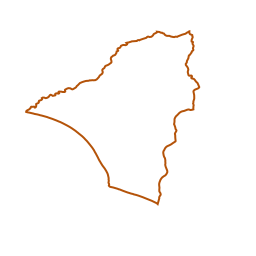 outline of Tilomar, Cova Lima, East Timor, rotated 71°
{"feature_id": "22284137B39285760424005", "entity_name": "Tilomar", "entity_type": "district", "adm_level": 2, "iso_a3": "TLS", "parent_name": "East Timor", "parent_adm1": "Cova Lima", "projection": "equal_earth", "projection_center": [125.135, -9.378], "detail": "fine", "context": "isolated", "style": "outline", "palette": "amber", "viewbox_px": 256, "rotation_deg": 71, "n_neighbors": 0, "source": "geoboundaries", "source_scale": "gbopen_adm2", "svg_char_len": 5632}
<svg xmlns="http://www.w3.org/2000/svg" viewBox="0 0 256 256"><g transform="rotate(71 128 128)"><path d="M46.4,69.2L46.8,69.2L47.0,69.5L47.1,69.9L47.3,71.1L47.4,72.3L47.6,73.1L47.9,73.5L48.4,74.0L48.7,74.5L49.3,76.0L49.3,76.5L49.0,78.0L48.2,79.1L48.1,79.4L48.2,80.4L48.4,80.8L48.6,81.1L48.7,81.6L48.6,84.6L48.6,85.7L48.6,87.9L48.8,88.7L48.5,89.1L48.2,89.7L48.2,90.5L48.6,91.3L47.3,96.3L47.4,97.2L47.3,98.1L47.3,98.9L47.3,99.9L47.3,100.4L47.0,100.8L47.0,101.2L47.0,101.9L48.2,101.4L48.6,101.6L48.9,102.6L48.9,103.3L48.0,105.2L47.9,106.1L48.0,107.8L49.1,108.9L49.3,109.2L49.5,109.6L49.5,110.2L49.4,111.4L49.7,112.1L50.0,112.3L50.4,112.3L51.4,112.1L51.7,112.1L51.8,112.2L51.9,113.8L53.2,114.5L53.4,114.7L53.6,115.1L54.5,116.0L54.7,116.5L54.8,117.6L54.7,118.2L54.8,118.7L55.1,119.2L55.5,120.4L55.7,120.9L56.5,121.5L57.3,121.8L58.8,121.8L60.1,122.1L60.5,122.3L60.8,122.7L61.3,124.3L61.4,124.6L61.7,125.5L61.9,126.8L61.9,128.3L62.0,128.7L62.1,129.3L62.4,129.8L63.3,130.5L63.7,131.2L64.1,132.6L64.5,133.2L65.1,133.5L65.4,133.6L66.3,133.6L67.0,133.7L67.8,134.3L68.2,134.6L68.3,134.9L68.4,135.4L68.6,135.6L69.1,137.4L69.4,137.9L70.5,139.1L70.7,139.6L71.4,140.8L71.5,141.0L71.9,141.9L72.1,143.4L71.6,145.2L71.2,146.1L71.1,146.5L70.8,147.9L70.5,148.5L70.5,149.8L70.3,150.8L70.1,151.2L69.8,152.7L69.7,154.9L69.7,156.7L69.8,157.6L69.8,158.6L70.0,159.1L70.2,159.5L70.6,160.3L70.8,160.7L71.1,161.3L71.3,161.6L71.4,162.0L71.7,162.8L72.3,163.5L72.6,163.9L72.9,165.0L73.0,165.5L73.3,166.9L73.4,167.8L73.1,168.4L72.6,168.9L71.9,169.4L71.5,170.0L70.9,171.4L70.9,171.7L70.9,172.6L71.2,174.5L71.3,175.0L71.6,175.3L72.9,175.4L73.1,175.5L73.3,176.2L72.7,178.0L72.0,179.1L71.1,181.3L71.3,181.9L71.7,182.0L72.8,181.9L72.9,182.2L72.9,182.5L72.6,183.1L72.1,183.7L71.9,185.0L71.9,185.3L72.2,185.8L73.2,185.9L73.4,186.2L73.4,186.6L73.2,187.7L73.2,188.3L73.1,188.7L72.2,189.4L71.7,189.9L71.4,190.3L71.4,190.5L71.6,191.3L72.7,192.8L72.8,193.4L73.0,193.7L73.1,194.7L73.1,195.2L73.0,196.0L72.8,196.4L72.2,197.1L71.9,197.5L71.5,198.6L71.5,198.9L71.7,199.8L72.7,199.8L73.1,200.3L73.3,200.8L73.3,201.5L73.3,203.2L73.5,203.4L73.9,203.8L74.3,203.8L74.9,204.1L75.2,204.8L75.2,205.2L75.3,206.4L75.5,207.1L76.8,207.4L77.6,207.8L78.0,208.2L78.3,208.5L78.4,208.8L78.4,209.3L78.3,209.5L77.6,209.4L77.4,209.6L77.2,210.0L76.9,211.3L76.4,212.5L76.6,213.0L77.3,213.5L77.7,214.5L78.1,214.9L78.2,215.4L78.3,216.2L78.6,217.9L78.9,218.6L79.3,218.9L79.6,218.9L79.7,219.0L79.8,218.9L80.5,217.8L81.4,216.2L83.7,212.5L84.2,211.9L85.6,209.4L86.7,207.7L87.2,207.1L88.1,205.6L91.4,200.8L92.1,200.0L94.8,196.5L95.4,195.8L97.6,193.2L99.5,191.1L100.3,190.1L102.2,188.2L105.9,184.7L107.9,182.9L110.0,181.2L113.7,178.5L115.2,177.6L115.9,177.1L117.1,176.4L118.5,175.5L120.9,174.0L123.0,172.9L125.3,171.9L126.7,171.2L128.5,170.5L131.0,169.6L131.8,169.3L135.0,168.2L138.0,167.4L139.6,167.2L141.5,166.8L145.9,166.1L148.4,165.8L149.7,165.6L150.3,165.4L152.0,165.1L155.1,164.4L158.8,163.2L161.5,162.6L164.2,162.2L165.5,162.2L169.1,162.6L170.2,163.1L171.2,163.2L172.2,163.6L172.8,164.0L173.5,164.3L174.3,164.1L175.2,164.2L175.6,164.4L176.3,164.9L177.4,164.4L177.9,163.9L179.4,161.4L182.1,157.6L183.0,156.6L183.3,156.0L185.9,153.0L188.9,149.3L189.6,148.3L191.1,146.3L192.0,144.8L192.6,144.2L194.0,142.0L195.4,140.1L198.2,136.6L200.9,133.5L203.4,130.6L204.6,129.2L207.1,126.7L208.5,125.3L209.6,124.7L204.6,121.3L204.0,121.2L203.1,120.6L202.0,119.1L201.4,118.7L200.8,118.6L200.0,118.6L198.8,118.9L198.2,119.0L196.8,118.6L194.7,117.7L192.0,117.1L190.9,116.7L189.6,115.9L187.4,114.0L186.5,112.8L185.9,111.8L185.3,110.0L185.1,108.9L184.9,108.1L184.6,107.5L183.8,106.4L182.7,105.3L182.3,105.1L181.1,104.8L176.9,105.0L174.9,104.8L173.8,104.2L172.5,103.8L171.7,103.6L170.7,103.2L168.7,102.9L167.0,103.2L165.6,103.2L163.1,102.8L162.3,102.5L161.5,102.0L160.7,101.0L159.2,99.5L158.8,98.8L158.4,98.1L158.1,97.3L157.9,95.9L157.8,94.5L157.5,92.6L157.3,91.8L157.0,91.0L156.3,88.1L156.1,87.5L155.8,87.2L152.7,86.5L150.1,85.7L149.0,85.6L148.5,85.4L147.9,84.8L147.2,84.0L146.7,83.4L146.1,83.0L145.6,83.0L144.8,83.3L144.0,83.3L142.7,83.1L140.1,83.1L139.7,83.2L139.3,83.2L138.6,82.7L137.2,82.0L134.7,81.1L134.0,80.5L133.3,79.8L132.5,78.7L131.9,77.3L130.4,74.4L130.0,72.9L129.9,72.3L129.9,71.1L130.1,69.7L130.1,68.0L130.0,66.5L130.1,65.2L130.3,64.4L131.2,63.3L131.4,62.9L131.6,61.7L131.7,60.8L131.7,60.1L130.8,59.9L130.1,59.6L128.6,59.0L128.1,58.6L127.0,58.4L126.1,58.5L125.7,58.2L124.8,57.7L124.1,57.5L122.0,55.9L121.2,55.6L120.3,55.3L118.4,54.7L115.0,54.3L114.3,53.9L113.8,53.0L113.6,52.4L113.5,51.7L113.4,49.4L113.3,48.6L112.9,47.7L112.5,47.3L108.2,47.6L106.0,48.7L104.8,49.0L103.5,49.5L102.9,49.9L102.0,51.4L101.5,51.8L101.1,51.8L100.8,51.4L100.5,51.0L100.0,50.7L99.6,50.7L99.2,50.9L98.9,51.3L98.8,52.1L98.6,52.8L98.4,53.2L97.6,53.6L94.6,53.3L94.0,53.0L92.5,52.0L91.9,51.9L91.0,51.8L89.2,52.1L88.2,52.5L87.2,52.8L86.2,52.5L85.2,51.1L83.9,50.5L83.5,50.1L81.8,48.3L79.5,47.0L79.2,46.7L79.2,46.2L78.5,45.0L77.7,44.0L77.4,43.4L77.1,43.1L76.6,42.9L76.3,42.6L76.0,41.8L75.8,41.1L75.5,40.8L75.2,40.7L74.5,40.7L74.0,40.7L73.5,40.5L72.4,39.6L71.9,39.3L71.4,39.2L69.5,39.6L69.1,39.5L68.0,38.6L67.7,38.7L67.5,39.0L67.3,39.4L67.0,39.7L66.4,39.6L65.2,39.0L63.4,37.4L63.0,37.2L62.7,37.2L62.2,37.3L61.3,37.0L61.0,37.0L59.7,38.6L59.2,38.9L58.7,39.0L58.1,39.0L56.6,38.5L56.6,39.1L56.9,39.9L57.1,41.6L57.4,42.1L57.5,42.8L57.6,43.3L57.5,44.2L57.4,46.5L57.6,51.0L57.8,51.8L57.3,52.8L57.1,53.4L57.1,54.7L56.7,55.6L55.5,57.6L54.9,58.3L54.4,58.8L53.6,61.1L53.0,61.9L52.4,62.4L51.7,62.9L50.5,63.2L50.2,63.5L49.8,64.2L49.4,64.7L49.0,64.8L48.5,66.0L48.3,66.3L47.7,66.7L47.4,67.1L46.4,69.2Z" fill="none" stroke="#b45309" stroke-width="2"/></g></svg>